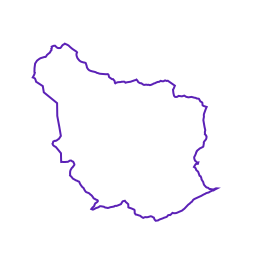 San Miguel Peras, Oaxaca, Mexico, rotated 257°
{"feature_id": "50627088B72532409428040", "entity_name": "San Miguel Peras", "entity_type": "district", "adm_level": 2, "iso_a3": "MEX", "parent_name": "Mexico", "parent_adm1": "Oaxaca", "projection": "natural_earth1", "projection_center": [-97.017, 16.925], "detail": "fine", "context": "isolated", "style": "outline", "palette": "violet", "viewbox_px": 256, "rotation_deg": 257, "n_neighbors": 0, "source": "geoboundaries", "source_scale": "gbopen_adm2", "svg_char_len": 5700}
<svg xmlns="http://www.w3.org/2000/svg" viewBox="0 0 256 256"><g transform="rotate(257 128 128)"><path d="M166.6,170.5L166.0,168.7L166.2,167.2L165.9,165.5L165.6,164.5L165.5,162.8L165.1,161.8L165.0,160.7L164.8,159.9L164.9,158.8L165.5,157.8L165.6,156.8L166.1,155.6L166.2,155.1L166.3,153.8L166.4,153.3L166.8,152.7L167.6,151.9L168.5,151.2L169.0,149.8L170.1,148.6L170.9,148.1L172.0,147.9L173.3,147.1L173.0,146.4L173.0,145.9L173.0,144.7L172.8,144.1L172.8,143.3L172.5,140.9L172.8,137.1L172.7,136.3L172.7,135.7L173.6,135.2L174.0,134.7L174.3,133.2L174.5,132.2L174.4,131.4L174.7,129.6L174.9,128.5L174.8,127.3L174.6,126.2L174.4,125.7L174.9,125.4L176.0,125.5L176.9,125.5L178.6,124.6L179.0,124.4L179.2,123.4L181.4,121.4L182.0,121.0L184.2,121.0L185.0,120.5L185.5,118.1L187.2,112.8L187.7,111.9L188.3,111.0L188.7,110.1L189.7,109.0L190.3,107.9L190.7,107.1L191.2,106.0L192.1,104.4L193.0,103.2L194.3,102.3L195.1,102.0L196.3,101.6L197.5,101.7L199.9,101.5L200.8,101.4L201.5,100.5L201.8,99.6L202.8,97.8L203.5,96.8L204.7,95.8L205.7,95.3L206.7,94.8L207.8,94.4L208.7,94.3L209.5,94.2L210.4,94.2L211.7,94.4L213.2,95.4L214.2,94.8L216.2,92.9L217.7,91.5L219.7,90.0L221.8,88.6L222.8,87.5L224.2,85.6L224.4,85.4L224.2,84.9L223.8,84.1L223.7,83.4L223.1,82.4L221.6,80.8L221.2,80.1L221.3,79.2L221.5,78.2L221.9,77.4L222.7,76.6L223.7,76.0L224.6,75.4L224.8,74.3L224.7,73.2L224.4,71.9L223.5,71.9L222.8,71.6L222.4,71.0L221.3,71.1L220.8,70.6L220.1,69.6L219.5,69.3L219.0,68.8L218.4,67.4L217.4,65.5L216.6,64.7L216.1,64.2L215.8,63.7L216.0,62.6L215.9,61.2L215.7,58.4L215.1,56.7L214.1,54.5L211.7,52.0L207.4,50.4L203.5,49.4L202.9,49.7L202.3,49.3L201.9,49.2L201.4,48.8L200.8,48.4L198.7,46.6L198.3,47.3L197.1,48.5L196.5,48.6L195.8,48.7L195.2,48.8L193.8,48.8L193.7,48.9L188.0,54.4L181.7,54.0L168.2,64.5L155.7,61.8L144.1,61.3L135.4,60.8L133.3,58.6L132.9,58.1L132.8,57.7L132.6,57.3L132.5,56.9L132.3,56.5L132.1,56.1L131.9,55.5L131.7,54.6L132.0,54.1L131.9,53.3L131.8,52.8L131.6,52.1L130.0,51.3L129.7,50.9L128.8,51.0L128.1,51.2L127.6,51.5L127.0,52.0L125.6,53.5L118.5,57.0L111.3,55.5L109.9,55.3L109.8,56.0L109.0,59.0L108.9,60.1L108.7,61.0L108.6,62.0L108.9,62.9L109.2,63.6L109.3,64.0L109.1,65.2L108.6,65.7L108.0,66.2L107.5,67.0L106.9,67.2L104.7,67.6L104.4,67.5L104.1,67.4L103.6,66.8L103.2,66.4L102.9,66.0L102.6,65.5L102.2,65.3L102.0,64.9L101.8,64.4L101.4,63.9L101.0,63.6L100.1,62.7L99.6,62.4L99.1,62.1L98.7,61.9L97.1,61.4L96.6,61.3L95.8,61.2L94.9,60.8L94.7,60.9L93.7,61.6L92.8,62.1L92.0,62.5L91.2,62.8L90.1,64.0L88.6,65.6L88.1,66.5L87.5,67.1L86.7,68.3L85.9,68.5L84.8,68.6L83.2,69.1L82.3,69.5L81.6,69.8L80.9,70.1L79.5,71.2L77.4,71.7L76.6,72.0L75.8,72.3L75.1,72.7L74.4,73.6L73.5,75.0L73.0,75.5L72.3,76.0L71.7,76.3L70.9,77.1L69.9,77.7L69.5,77.8L68.5,78.3L67.4,78.6L66.8,79.1L66.5,79.7L66.1,79.9L65.9,80.2L65.5,80.6L65.2,81.1L64.7,81.8L64.5,82.0L64.2,82.2L63.9,82.2L63.6,82.2L63.3,82.0L62.8,81.3L62.6,80.9L62.4,80.4L62.2,80.0L62.1,79.4L61.8,79.0L61.4,78.7L61.0,78.3L60.6,78.1L60.2,77.8L59.8,77.7L59.4,77.2L59.2,76.9L59.0,76.5L58.7,76.0L58.5,75.5L58.1,75.1L57.6,74.3L57.3,74.0L57.1,74.3L56.4,75.3L56.4,76.0L57.2,78.9L57.3,80.7L57.6,81.9L58.0,82.7L58.1,83.1L57.7,84.4L56.7,86.8L55.9,87.5L55.4,88.6L55.2,88.8L55.0,89.6L54.6,90.3L54.6,91.3L54.8,92.9L54.6,96.7L54.9,97.1L55.0,98.2L54.7,99.1L54.8,100.4L55.4,104.0L57.6,106.1L57.8,106.6L57.8,107.3L57.8,108.0L57.8,108.6L56.3,109.2L55.3,110.0L53.7,111.1L50.6,110.5L50.4,110.7L48.9,113.2L47.1,115.6L46.6,115.9L46.0,115.9L43.6,115.4L42.0,116.0L41.7,116.7L41.4,117.3L41.1,117.8L40.6,118.6L39.6,120.3L38.5,121.0L37.0,122.6L37.0,122.8L37.2,123.5L37.3,124.7L36.8,126.3L36.7,127.3L36.9,130.2L36.5,131.1L36.0,131.7L35.3,132.4L34.9,133.0L32.8,133.3L31.4,134.1L31.2,136.3L31.2,136.6L31.4,137.0L31.8,138.4L31.9,139.4L32.0,140.3L32.1,141.2L32.2,141.8L32.3,142.5L32.5,143.0L32.5,143.9L32.6,144.5L32.6,145.1L32.7,145.6L33.1,146.4L33.9,147.3L34.0,147.6L34.0,148.5L34.0,148.8L33.7,149.4L34.0,150.2L34.8,151.4L35.3,152.3L35.0,152.8L34.6,153.7L34.5,154.1L34.4,154.8L34.3,155.7L34.4,156.8L34.6,157.8L34.9,159.3L35.0,159.9L35.2,161.1L35.5,162.5L36.1,163.4L36.5,164.5L37.0,165.3L39.8,169.5L40.1,170.2L40.4,171.0L41.3,172.4L41.8,173.7L43.2,175.2L43.7,176.2L44.0,177.3L45.1,182.6L45.4,184.2L45.9,185.7L46.3,187.2L46.6,188.7L46.9,189.4L47.0,190.4L47.0,192.1L47.4,193.1L48.1,196.1L47.9,197.2L48.5,198.9L49.1,201.3L49.4,200.3L49.3,199.3L49.0,198.6L48.9,198.0L49.2,196.3L50.1,194.4L50.2,193.7L51.7,192.6L52.4,191.2L53.0,190.7L54.3,190.0L55.1,189.5L56.3,189.2L58.5,189.1L61.3,188.1L62.8,188.2L64.6,187.9L65.3,187.0L69.6,186.5L71.8,185.0L73.4,184.9L73.6,184.7L74.2,184.5L75.2,183.5L76.6,184.8L77.6,185.9L77.7,186.1L77.4,188.1L78.6,188.7L78.6,188.0L78.8,187.5L79.8,187.0L80.6,186.3L81.3,185.9L81.8,185.9L83.0,185.7L84.0,185.8L84.6,185.9L85.2,186.3L85.9,187.0L88.1,188.6L88.7,188.8L89.1,189.1L89.5,189.7L89.9,189.7L90.4,190.3L91.1,191.8L91.9,193.3L92.7,196.7L93.0,197.2L96.1,198.5L97.0,198.6L97.7,199.2L99.0,200.9L99.5,201.5L100.1,201.9L101.5,202.5L101.9,202.6L102.4,202.4L102.8,202.5L103.3,202.4L103.6,202.1L104.2,201.8L104.7,201.5L105.0,201.7L105.6,201.8L106.0,201.8L107.1,202.1L108.5,202.8L111.8,202.8L118.7,203.2L119.8,203.6L121.8,204.5L123.2,204.7L124.2,205.0L125.1,205.5L129.1,208.1L130.8,209.4L132.5,206.6L133.3,205.8L135.9,206.1L136.7,205.6L137.6,204.5L140.4,203.7L140.6,203.5L141.4,201.4L142.1,200.8L142.6,199.5L144.0,196.9L144.3,193.7L145.3,191.7L146.9,190.1L146.7,187.7L147.9,184.5L147.4,183.3L147.3,182.4L147.5,181.5L147.6,181.1L147.8,180.8L148.6,180.3L149.3,180.1L152.0,180.1L155.3,180.5L156.0,181.3L158.7,183.2L165.1,177.4L165.2,176.1L166.0,174.9L166.0,174.5L165.9,174.1L165.7,173.7L165.6,173.2L165.6,172.8L165.7,172.3L165.8,171.9L166.0,171.5L166.2,171.1L166.4,170.8L166.6,170.5Z" fill="none" stroke="#5b21b6" stroke-width="2"/></g></svg>